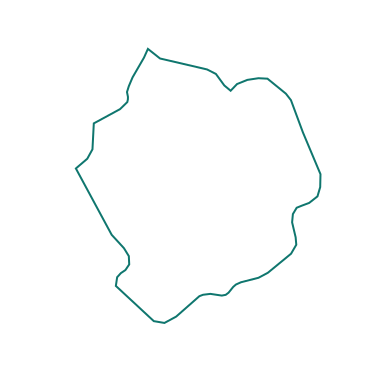 an SVG outline of Biella, rotated 23°
{"feature_id": "ITA-5435", "entity_name": "Biella", "entity_type": "Province", "adm_level": 1, "iso_a3": "ITA", "parent_name": "Italy", "parent_adm1": "", "projection": "robinson", "projection_center": [8.102, 45.568], "detail": "fine", "context": "isolated", "style": "outline", "palette": "teal", "viewbox_px": 384, "rotation_deg": 23, "n_neighbors": 0, "source": "natural_earth", "source_scale": "10m", "svg_char_len": 845}
<svg xmlns="http://www.w3.org/2000/svg" viewBox="0 0 384 384"><g transform="rotate(23 192 192)"><path d="M217.2,58.2L240.0,64.8L247.2,68.8L270.8,93.8L303.3,125.4L308.1,137.4L309.2,147.0L304.1,156.3L298.5,161.6L294.5,165.6L293.5,172.9L296.0,180.8L305.1,193.2L308.6,199.8L307.3,210.1L293.4,236.7L286.7,245.0L272.4,255.9L268.6,260.0L267.0,263.3L265.0,270.4L263.2,273.5L259.9,275.7L248.7,278.6L242.3,282.3L239.5,285.0L226.1,312.9L217.8,323.3L207.3,325.8L158.6,308.2L156.4,299.7L158.2,294.5L161.2,289.9L162.5,283.2L158.9,275.7L151.3,270.3L134.8,262.8L75.9,215.7L82.6,202.3L83.7,191.6L74.8,167.2L93.4,143.8L97.3,134.5L96.8,131.8L95.9,129.5L93.1,125.4L92.5,119.3L92.5,109.7L95.3,87.0L95.5,77.5L110.4,81.6L158.0,73.3L167.9,74.0L180.1,81.3L188.0,83.7L191.3,75.0L199.1,67.2L208.7,61.3L217.2,58.2Z" fill="none" stroke="#0f766e" stroke-width="2"/></g></svg>